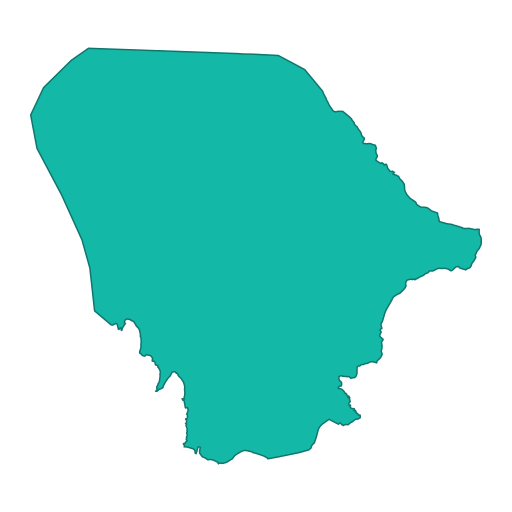 Kpando Municipal, Volta, Ghana
{"feature_id": "2480657B39800519073464", "entity_name": "Kpando Municipal", "entity_type": "district", "adm_level": 2, "iso_a3": "GHA", "parent_name": "Ghana", "parent_adm1": "Volta", "projection": "orthographic", "projection_center": [0.337, 7.0], "detail": "fine", "context": "isolated", "style": "filled", "palette": "teal", "viewbox_px": 512, "rotation_deg": 0, "n_neighbors": 0, "source": "geoboundaries", "source_scale": "gbopen_adm2", "svg_char_len": 6111}
<svg xmlns="http://www.w3.org/2000/svg" viewBox="0 0 512 512"><path d="M304.7,69.6L278.3,55.5L253.3,54.2L242.8,54.0L237.8,53.6L88.5,48.3L71.3,60.3L43.6,87.6L30.7,115.0L37.0,148.4L61.7,195.1L82.0,239.9L89.9,268.2L94.6,310.9L111.0,324.8L112.5,325.1L114.8,324.0L115.6,323.4L117.2,324.2L118.3,328.9L118.6,329.4L119.0,329.4L119.1,328.9L119.7,328.3L120.8,327.9L121.2,328.0L121.2,328.8L121.0,329.1L121.1,329.3L121.8,328.8L121.4,330.3L121.6,330.4L122.1,329.6L122.2,328.5L123.1,326.8L125.4,323.5L124.2,322.2L125.4,319.8L126.9,318.9L127.9,319.2L129.3,319.3L130.2,319.8L130.7,319.7L131.3,320.6L132.7,321.0L134.0,321.9L134.6,323.2L135.2,323.8L135.9,325.0L136.1,325.8L138.7,328.4L139.5,330.2L140.4,334.4L140.3,336.3L141.1,338.2L141.0,339.2L141.2,341.2L140.9,345.7L141.1,345.9L140.7,348.5L139.6,351.8L139.7,352.9L140.0,353.1L140.0,353.4L140.9,353.6L141.8,355.0L143.1,355.8L144.9,356.1L145.6,355.3L146.5,354.8L150.5,355.6L151.5,356.6L152.7,358.6L152.2,360.2L152.3,361.0L153.4,361.4L154.1,361.2L154.9,361.9L155.4,364.7L156.2,365.2L157.7,365.4L158.0,367.4L158.4,367.5L159.8,369.9L160.4,372.4L159.9,374.4L160.2,375.7L159.4,381.4L158.9,382.6L158.0,383.9L157.7,385.4L156.7,386.9L156.7,388.2L157.1,388.9L157.1,389.7L156.3,390.4L155.9,391.2L156.8,391.3L158.3,390.2L159.1,389.3L160.9,388.8L162.9,387.7L163.2,386.1L165.5,381.9L168.0,378.2L170.2,375.9L172.0,372.3L174.1,371.6L175.7,372.2L176.3,373.3L177.4,373.5L178.1,375.2L178.9,376.4L181.0,378.3L183.5,382.2L184.3,384.7L184.8,387.0L184.5,389.2L184.9,392.2L184.7,395.0L184.0,398.3L184.3,398.9L182.3,398.8L182.4,399.5L183.1,400.4L184.2,400.9L185.3,407.5L185.7,408.0L187.0,407.5L187.6,407.9L188.1,410.3L187.9,411.4L186.7,414.2L187.4,414.7L187.5,417.4L186.8,418.9L185.9,418.7L185.6,419.1L186.6,420.3L186.5,422.4L185.7,423.6L186.5,424.0L186.5,424.6L186.0,425.4L187.3,429.3L186.9,430.5L187.2,431.6L186.6,433.0L187.3,434.9L187.2,435.8L186.6,436.5L186.6,438.0L186.2,439.1L187.2,440.8L186.1,441.4L185.9,442.0L185.3,442.6L185.2,443.3L183.9,443.5L183.4,443.8L184.4,445.6L184.3,446.8L187.2,447.0L193.1,448.8L194.2,449.5L195.0,451.2L195.2,453.1L196.0,453.6L196.8,451.6L197.9,447.5L198.6,446.9L199.9,447.0L200.3,447.7L199.7,450.2L199.6,453.0L201.9,456.3L202.4,456.8L205.1,457.9L207.9,459.8L210.4,459.4L213.3,460.1L217.5,462.1L218.5,463.7L219.2,463.2L220.3,463.1L221.6,463.4L223.3,463.2L226.0,462.5L228.2,461.4L229.4,460.5L232.3,458.8L234.4,456.0L236.2,454.5L240.2,452.1L242.4,451.0L244.5,450.4L246.1,450.5L251.8,451.8L253.3,452.8L254.6,452.9L260.8,454.9L264.0,456.1L267.3,457.9L267.9,458.8L279.2,456.7L299.1,452.6L308.8,449.9L311.0,448.0L311.4,446.4L312.3,444.7L314.3,443.0L316.2,437.4L318.1,430.3L318.8,428.4L320.1,426.3L322.3,424.1L329.0,419.3L338.4,424.2L340.2,422.8L340.9,423.4L341.6,424.6L343.6,425.5L344.1,424.9L345.8,424.5L348.1,424.7L350.6,422.7L352.9,421.4L354.2,420.2L355.4,419.4L358.0,419.0L360.1,417.8L360.3,417.0L360.1,415.2L359.8,415.0L358.6,415.2L358.2,415.0L357.7,413.6L355.8,412.7L356.1,412.0L355.6,410.7L355.3,410.5L354.8,410.8L354.0,410.5L354.4,409.5L354.3,408.9L353.8,408.6L352.4,408.6L350.8,408.0L350.1,406.8L350.1,406.4L350.6,405.8L350.2,405.1L349.6,405.4L349.0,405.0L348.8,403.5L349.0,402.9L350.2,401.6L349.5,398.9L348.6,397.9L349.4,398.1L349.7,397.9L349.7,397.5L349.3,397.1L348.9,396.3L347.0,395.5L346.8,394.5L346.1,393.6L345.9,393.4L345.2,393.4L344.1,391.5L342.2,389.5L340.0,388.5L338.3,388.4L338.2,388.1L338.8,386.6L339.8,386.1L341.2,386.0L341.7,384.4L341.5,382.3L339.6,380.5L339.3,379.9L338.9,378.7L338.9,376.7L340.6,375.8L341.2,375.8L342.8,376.2L347.6,376.7L349.0,376.5L350.9,378.3L352.1,377.9L354.8,377.5L355.4,377.0L356.1,376.0L356.7,374.4L357.0,373.2L357.0,368.1L357.2,367.1L357.9,366.3L358.6,365.9L359.7,366.0L361.2,364.7L363.8,364.4L365.0,363.6L366.9,363.5L367.8,363.2L369.7,362.1L370.3,361.9L372.9,361.7L376.6,362.8L377.2,360.8L380.1,358.2L381.4,356.1L382.2,354.3L381.2,351.1L381.8,348.9L382.1,345.9L381.5,342.5L381.8,341.6L383.0,340.0L383.0,339.1L380.6,337.2L379.7,335.9L379.9,334.8L381.2,331.9L380.2,330.5L380.0,330.0L380.6,329.2L381.7,328.6L381.9,328.1L381.1,325.9L381.1,324.1L381.3,323.2L382.1,322.1L382.4,321.4L385.1,312.2L386.7,308.9L391.9,299.9L392.6,298.1L394.0,296.5L396.7,294.7L399.9,293.2L403.4,289.9L405.3,287.5L406.0,286.1L405.6,283.0L406.1,281.7L407.1,280.1L411.0,279.1L412.1,279.6L414.3,279.1L414.7,279.7L415.0,279.7L420.5,276.6L423.6,275.3L424.6,274.3L425.5,273.7L428.2,272.6L429.4,271.2L430.0,270.9L432.2,271.0L433.3,270.8L437.5,268.6L438.9,268.3L441.6,268.5L445.0,268.3L448.3,269.1L450.3,270.6L451.5,270.7L452.7,269.9L455.9,266.9L458.1,266.5L458.6,266.7L459.4,267.7L460.5,268.3L465.6,269.8L466.6,269.4L467.2,268.5L469.8,267.8L471.0,266.2L472.0,263.2L473.8,261.0L475.6,257.9L475.8,256.9L475.3,255.9L475.2,254.9L476.2,253.4L476.8,251.5L479.2,248.5L481.0,244.7L481.3,242.9L481.1,238.0L480.7,236.8L479.4,234.5L479.1,231.9L479.2,229.4L477.3,229.2L475.4,229.6L474.4,229.5L468.7,228.3L466.5,228.5L464.0,228.5L463.3,228.4L462.4,227.7L455.6,225.6L454.5,225.4L451.8,224.4L446.9,223.7L439.3,221.6L438.8,218.4L437.9,216.0L437.5,213.0L431.5,210.9L428.2,208.3L426.8,207.6L423.9,207.2L420.8,207.2L416.8,204.6L416.0,202.7L414.9,201.5L410.7,198.8L409.4,197.6L406.7,194.4L405.1,191.2L404.7,189.6L404.5,187.4L404.6,186.7L404.3,185.7L404.3,184.4L403.2,182.5L401.6,180.5L399.8,178.9L398.5,176.2L397.4,176.0L396.5,175.2L396.1,175.3L393.1,174.1L394.3,172.3L393.0,171.8L392.8,171.3L392.6,171.2L392.1,171.7L391.6,171.7L390.7,171.2L389.6,171.0L389.1,170.0L387.9,168.6L387.0,166.3L386.9,165.3L386.0,164.2L384.2,165.1L383.7,163.9L383.2,163.7L382.0,162.7L381.3,163.4L380.8,163.4L377.4,161.4L375.9,160.2L375.8,159.4L377.3,156.6L377.2,155.4L376.1,153.3L375.7,149.8L376.3,148.9L376.4,148.3L375.7,146.6L375.6,145.6L374.8,145.0L372.6,144.7L371.8,144.0L371.0,143.8L369.1,143.5L366.6,143.9L365.6,143.6L363.6,143.5L363.2,143.1L362.8,142.0L364.4,139.1L364.3,138.1L363.1,137.2L361.9,135.8L360.7,132.2L358.1,128.8L357.2,127.0L354.4,124.4L354.1,122.6L352.1,120.2L351.5,118.9L349.5,116.9L342.8,111.4L338.5,111.3L335.8,111.8L334.2,111.5L333.0,110.8L328.9,104.7L328.1,102.7L326.8,100.5L326.1,98.4L323.6,93.9L322.6,91.2L304.7,69.6Z" fill="#14b8a6" stroke="#0f766e" stroke-width="1.5"/></svg>